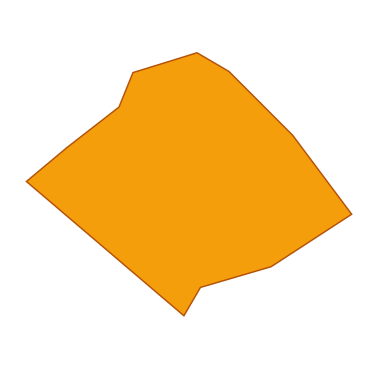 Bor-Ondor, Hentiy, Mongolia (Mercator projection), rotated 316°
{"feature_id": "93677404B12023571186013", "entity_name": "Bor-Ondor", "entity_type": "district", "adm_level": 2, "iso_a3": "MNG", "parent_name": "Mongolia", "parent_adm1": "Hentiy", "projection": "mercator", "projection_center": [109.413, 46.24], "detail": "fine", "context": "isolated", "style": "filled", "palette": "amber", "viewbox_px": 384, "rotation_deg": 316, "n_neighbors": 0, "source": "geoboundaries", "source_scale": "gbopen_adm2", "svg_char_len": 309}
<svg xmlns="http://www.w3.org/2000/svg" viewBox="0 0 384 384"><g transform="rotate(316 192 192)"><path d="M291.4,318.9L303.8,221.2L302.3,131.0L292.3,95.3L232.5,65.1L198.5,80.2L133.2,73.2L80.2,69.4L100.2,275.4L131.8,266.5L197.1,300.7L291.4,318.9Z" fill="#f59e0b" stroke="#b45309" stroke-width="1.5"/></g></svg>